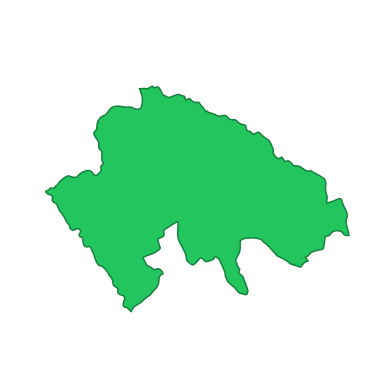 outline of Quan Ba, Hà Giang, Vietnam, rotated 337°
{"feature_id": "81297802B31175014332346", "entity_name": "Quan Ba", "entity_type": "district", "adm_level": 2, "iso_a3": "VNM", "parent_name": "Vietnam", "parent_adm1": "Hà Giang", "projection": "natural_earth1", "projection_center": [104.959, 23.067], "detail": "fine", "context": "isolated", "style": "filled", "palette": "green", "viewbox_px": 384, "rotation_deg": 337, "n_neighbors": 0, "source": "geoboundaries", "source_scale": "gbopen_adm2", "svg_char_len": 5999}
<svg xmlns="http://www.w3.org/2000/svg" viewBox="0 0 384 384"><g transform="rotate(337 192 192)"><path d="M319.5,293.3L320.5,289.0L320.9,284.9L322.1,279.7L323.2,277.5L324.0,276.6L325.0,275.8L325.5,275.0L325.9,274.0L326.2,273.0L326.5,270.0L326.2,264.3L326.2,262.2L326.5,257.8L326.3,256.9L326.0,256.1L325.6,255.8L322.4,255.5L317.9,255.5L315.5,255.3L313.4,255.2L312.3,254.9L311.9,254.5L311.9,254.1L314.3,249.7L314.7,248.6L314.9,245.9L315.5,242.9L316.8,239.7L318.6,236.5L319.0,234.6L319.1,233.0L319.0,231.6L318.8,231.3L316.1,227.2L310.5,220.1L309.4,218.5L307.8,218.4L306.1,217.6L304.8,216.3L301.6,211.2L299.6,209.4L296.0,207.6L295.5,206.8L294.9,204.4L293.6,202.0L292.8,201.0L291.7,200.5L290.4,200.6L290.1,200.5L289.5,199.9L289.1,198.7L288.5,195.6L288.2,195.2L287.7,195.0L285.0,195.3L284.5,195.1L283.5,194.0L282.9,192.4L281.9,188.7L281.9,187.8L282.8,186.1L283.2,185.0L283.4,184.0L283.5,178.7L283.3,176.2L283.0,174.7L280.3,170.5L278.7,167.4L277.2,163.8L276.6,163.0L276.0,162.7L274.6,162.7L271.6,163.0L271.1,162.7L270.6,162.2L269.6,159.8L269.0,158.8L267.3,157.8L266.9,156.8L266.7,155.8L266.7,154.6L267.2,153.2L267.2,151.7L266.7,150.9L263.9,148.9L262.5,147.3L262.0,146.6L260.5,143.0L259.0,141.9L257.7,141.5L255.6,140.1L254.8,139.4L254.0,137.0L253.3,135.5L252.0,134.2L250.1,133.6L247.7,133.2L246.0,132.6L245.0,131.6L242.9,129.1L240.7,127.1L239.2,125.9L238.2,125.3L237.8,123.7L236.6,123.7L235.6,120.8L235.0,117.9L234.1,115.9L233.5,112.8L233.2,112.2L232.8,111.7L232.3,111.5L231.2,111.4L230.3,110.9L229.3,110.2L228.1,109.2L227.5,108.0L226.9,106.2L226.2,105.1L225.7,104.8L224.6,104.8L223.2,105.3L222.6,105.4L222.2,105.1L222.1,104.8L222.3,104.3L222.3,102.9L222.5,101.5L222.4,100.9L220.0,99.0L218.1,97.1L216.7,96.7L213.9,96.4L208.7,96.1L207.7,96.0L206.0,94.8L205.0,93.1L203.4,91.5L203.2,90.9L202.8,85.4L202.3,82.9L202.0,82.3L201.1,81.7L197.6,81.2L197.4,80.7L197.3,79.8L197.1,79.4L196.5,79.1L195.5,79.1L192.9,79.5L190.8,79.4L188.9,78.1L187.1,77.5L185.7,77.2L184.1,76.4L183.9,80.3L183.4,84.7L182.4,87.8L180.8,90.8L179.2,93.1L177.9,94.6L176.8,95.0L175.3,95.0L173.5,94.3L171.0,92.1L169.4,90.5L167.8,89.3L165.5,88.7L157.5,84.1L154.5,83.0L152.2,82.8L149.8,83.3L147.0,84.7L144.7,86.2L143.4,86.9L141.9,87.2L139.7,87.2L137.7,87.4L135.4,88.5L133.1,90.2L131.7,91.7L130.4,93.9L129.3,96.2L128.0,97.5L126.0,98.2L125.0,98.9L124.4,100.0L124.3,101.5L124.5,103.4L125.4,107.5L125.5,109.6L125.0,111.5L124.0,113.6L123.5,115.1L123.6,116.2L124.7,119.2L124.5,120.7L122.2,125.6L121.6,127.3L121.4,129.5L121.5,130.9L121.4,131.4L118.6,132.4L117.8,133.3L117.0,136.3L115.7,137.7L113.4,138.2L112.3,138.9L111.2,139.3L110.4,139.3L109.1,138.7L108.4,137.6L108.0,135.2L107.3,133.7L105.7,132.0L103.3,131.1L98.7,131.0L95.9,131.5L92.0,133.1L90.8,133.1L89.5,132.7L87.0,130.9L84.7,128.9L83.1,128.7L81.4,128.7L79.3,129.2L74.5,130.6L70.6,133.0L69.3,133.1L67.5,134.1L66.3,134.4L65.5,134.3L64.4,133.5L63.9,133.2L62.9,133.2L61.7,133.7L60.9,134.1L58.1,134.2L57.6,134.5L57.5,135.0L57.7,135.8L58.5,137.4L60.5,139.3L61.8,140.8L61.8,141.9L61.2,143.6L60.1,144.6L60.0,145.3L60.4,146.7L60.9,147.8L62.1,149.2L62.7,150.6L62.8,153.4L62.7,156.1L63.0,158.4L64.4,163.5L64.9,168.6L65.1,171.5L65.6,173.2L66.2,174.1L66.2,174.7L65.7,176.3L65.6,177.4L65.7,178.3L67.0,180.5L68.3,180.9L71.4,180.8L72.9,181.2L73.9,182.4L74.2,183.3L74.2,184.1L73.8,185.1L71.5,187.2L71.2,188.0L71.1,188.5L71.5,189.4L72.7,190.7L73.2,191.7L73.3,192.5L72.4,194.6L71.8,197.5L71.7,198.7L72.0,199.8L72.6,200.6L73.2,201.2L74.1,201.6L75.9,202.0L76.7,202.7L77.0,204.1L77.2,208.8L77.2,211.4L76.8,215.8L76.7,218.6L77.0,221.0L77.4,222.5L78.2,223.6L79.2,224.6L80.5,225.6L81.3,227.5L83.1,232.6L83.2,236.5L83.9,238.4L84.3,240.2L84.3,242.5L83.7,244.8L83.4,246.3L83.4,247.3L83.7,248.2L84.8,249.7L85.6,251.1L85.7,251.9L85.7,252.9L84.9,254.5L84.5,255.5L84.6,256.4L85.3,257.9L88.3,260.7L88.9,262.0L88.6,263.8L86.7,265.9L85.2,267.8L84.6,269.1L84.4,270.8L85.2,271.7L87.0,273.0L87.9,274.9L88.8,277.5L89.2,278.3L91.7,276.4L92.8,275.5L94.1,274.9L102.1,273.7L105.6,272.3L108.0,271.5L110.3,271.0L112.3,270.8L115.4,269.2L121.9,266.1L123.8,264.7L125.1,263.6L126.4,261.5L128.1,258.4L130.1,256.3L131.2,256.1L132.8,256.1L133.3,255.9L133.5,254.9L133.3,253.6L132.9,251.9L132.4,250.9L131.1,249.6L130.2,249.1L127.8,249.1L127.2,248.9L125.8,247.3L124.1,244.6L121.9,241.8L121.5,240.5L121.7,238.5L121.2,234.8L121.2,233.7L121.4,233.3L122.0,233.1L126.2,233.0L131.2,233.4L135.9,233.0L138.8,232.3L140.2,231.8L140.8,231.2L141.0,230.7L141.4,225.6L141.8,222.8L142.2,222.3L143.0,222.0L143.7,221.8L147.2,221.8L148.6,221.4L149.4,220.5L149.9,219.3L150.4,217.5L150.9,216.6L151.8,216.0L153.6,215.7L160.3,214.4L166.5,213.5L166.8,213.8L167.1,214.5L167.0,215.1L166.2,217.2L164.1,221.3L161.6,227.4L161.2,229.1L161.0,231.1L161.0,234.5L161.7,241.5L161.9,246.4L160.6,252.6L160.9,254.1L163.1,258.5L164.1,259.3L164.8,259.5L165.5,259.4L167.4,258.9L173.8,256.0L174.6,256.0L175.1,256.5L175.9,258.0L177.1,261.2L179.6,262.1L182.6,262.4L185.2,262.3L186.3,261.7L187.2,260.9L187.8,260.7L188.6,261.1L190.2,263.5L190.8,265.5L191.0,275.4L190.9,278.9L189.9,282.4L189.8,288.0L190.7,290.4L192.6,294.4L193.8,296.3L194.5,299.0L195.9,303.1L197.4,304.7L198.6,305.4L200.5,307.0L201.5,307.5L202.5,307.6L203.1,307.2L204.6,305.4L205.1,303.7L205.5,297.6L205.7,290.4L205.5,289.3L204.7,287.3L203.8,285.7L203.6,284.7L204.7,282.8L205.7,282.0L205.2,279.9L205.1,278.6L205.3,272.2L205.6,271.6L212.2,266.0L213.4,264.3L214.6,262.1L217.0,256.4L217.6,255.7L219.2,255.3L221.7,255.2L224.6,256.0L229.3,257.7L232.6,259.2L236.5,262.2L237.4,263.5L238.4,266.2L240.3,269.6L241.7,272.9L242.9,276.6L245.5,284.1L250.2,289.5L252.6,292.7L253.1,293.9L254.6,296.7L255.5,297.5L262.6,303.6L264.7,302.4L267.9,300.9L269.0,300.7L271.9,300.9L270.8,296.4L274.1,296.0L275.8,295.1L277.9,294.3L280.7,294.2L284.2,294.6L289.0,295.6L290.0,295.6L290.8,295.3L292.1,293.5L297.2,285.2L298.3,285.1L301.0,285.7L301.8,285.6L303.4,284.6L304.9,283.8L307.5,283.5L310.0,284.1L311.8,285.0L313.0,285.8L314.0,286.9L314.8,288.4L315.3,290.2L316.1,291.4L317.1,292.4L319.5,293.3Z" fill="#22c55e" stroke="#15803d" stroke-width="1.5"/></g></svg>